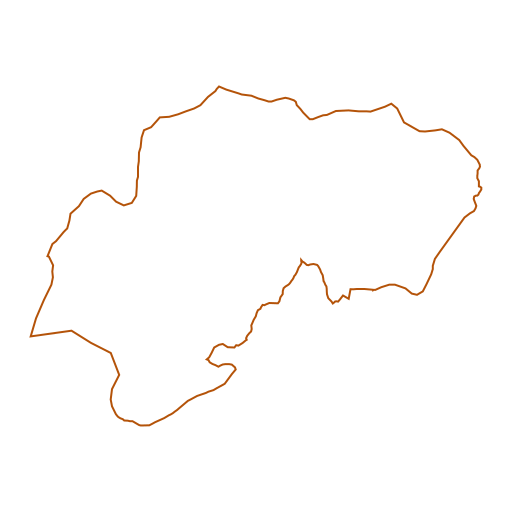 Mashegu, Niger, Nigeria
{"feature_id": "59680162B45761990386675", "entity_name": "Mashegu", "entity_type": "district", "adm_level": 2, "iso_a3": "NGA", "parent_name": "Nigeria", "parent_adm1": "Niger", "projection": "natural_earth1", "projection_center": [5.371, 9.82], "detail": "fine", "context": "isolated", "style": "outline", "palette": "amber", "viewbox_px": 512, "rotation_deg": 0, "n_neighbors": 0, "source": "geoboundaries", "source_scale": "gbopen_adm2", "svg_char_len": 3668}
<svg xmlns="http://www.w3.org/2000/svg" viewBox="0 0 512 512"><path d="M348.7,298.8L350.5,289.2L353.3,289.3L356.7,289.0L364.5,289.0L372.4,289.7L372.8,289.8L372.9,290.0L373.0,290.3L373.7,289.8L375.3,289.9L381.3,287.2L389.2,284.7L395.0,284.7L405.5,288.4L411.8,293.6L417.0,294.8L422.8,291.4L426.4,284.4L431.2,274.3L432.8,269.1L432.8,265.8L434.9,258.9L439.9,251.7L464.5,217.5L470.0,213.3L473.9,211.1L475.0,209.3L475.5,208.4L476.3,205.9L475.8,204.5L475.0,202.5L474.1,200.1L473.7,198.9L474.2,196.5L476.0,195.6L476.3,195.6L477.3,195.6L478.4,194.6L478.5,194.3L478.9,193.1L479.8,191.9L480.2,191.3L481.3,189.5L481.3,187.6L480.0,186.7L479.8,186.7L478.9,186.4L478.9,184.6L478.9,184.0L478.9,181.2L478.6,180.7L477.3,178.2L477.3,177.1L477.3,175.6L477.3,175.4L477.4,175.2L477.6,173.3L477.6,171.9L477.6,170.5L478.4,169.4L479.2,168.4L480.0,166.6L479.8,165.5L479.8,164.7L479.7,164.5L477.3,159.8L474.4,157.1L471.3,155.3L463.4,145.8L459.2,140.0L458.1,139.2L449.5,132.7L441.9,129.3L435.2,130.4L425.0,131.5L419.5,131.2L404.0,122.4L397.2,108.5L391.3,103.7L385.0,106.7L370.5,111.6L366.1,111.3L358.5,111.3L348.5,110.4L335.9,111.0L327.0,114.9L326.3,115.0L323.1,115.3L318.1,117.1L312.8,119.2L309.7,119.2L307.6,117.1L303.1,112.5L300.5,109.1L298.2,106.6L296.8,105.2L295.8,101.8L293.9,100.3L288.7,98.5L285.3,97.8L276.9,99.7L271.6,101.5L268.5,101.5L264.8,100.3L262.7,99.7L258.3,98.5L251.4,95.7L241.7,94.5L238.6,93.4L226.3,89.6L219.0,86.5L216.7,89.0L215.4,91.1L208.0,96.9L200.4,105.2L194.1,108.5L186.0,111.3L178.1,114.3L169.2,116.8L159.8,117.4L156.6,121.1L151.1,127.2L144.0,130.2L141.6,137.5L140.6,147.3L139.0,152.5L138.8,161.4L138.0,166.9L138.0,176.9L136.9,180.6L136.9,180.9L136.8,186.9L136.2,195.9L131.8,202.9L128.3,204.0L123.8,205.4L116.1,201.7L110.1,195.7L101.7,190.6L97.3,191.5L90.9,193.6L83.7,198.9L78.9,206.2L70.5,213.7L69.4,220.6L67.2,228.5L65.8,229.8L63.4,232.3L56.0,241.2L52.4,244.0L47.5,256.2L48.9,256.6L53.1,265.3L52.3,271.5L52.9,277.3L51.4,284.7L43.9,300.0L36.0,318.4L30.7,336.4L71.5,330.7L91.0,342.9L110.8,353.0L119.2,374.9L112.0,389.1L110.7,399.5L112.0,406.3L115.9,414.2L117.5,416.2L118.3,417.0L120.4,418.3L122.8,419.2L124.2,420.5L127.9,420.7L129.9,421.2L132.5,421.2L139.2,425.1L140.9,425.5L149.3,425.3L152.4,423.7L155.1,422.2L164.2,418.1L169.0,415.2L170.6,414.5L172.8,413.2L174.8,411.6L177.1,410.0L179.5,407.9L180.6,407.0L181.9,405.9L187.8,400.9L191.1,399.2L192.2,398.6L197.2,395.9L206.0,392.9L208.4,391.7L213.5,390.1L216.7,388.2L224.7,383.8L232.0,373.9L235.7,369.5L235.0,367.4L231.8,364.6L229.0,364.1L225.5,364.1L222.7,364.5L220.1,365.7L218.4,366.7L215.4,365.1L212.5,364.0L209.7,362.3L208.5,360.1L206.8,359.4L209.2,357.3L211.6,352.9L214.2,347.5L219.0,344.8L222.8,344.0L227.7,347.2L234.4,347.5L236.2,345.2L238.4,345.6L242.6,343.0L245.7,340.4L246.7,339.8L246.1,338.2L247.2,335.8L249.3,333.2L251.1,331.5L251.7,329.0L251.3,325.4L252.2,323.4L253.7,319.8L255.8,316.3L256.6,313.2L257.9,310.2L260.4,308.8L261.0,307.3L262.6,304.9L264.4,305.2L266.0,304.4L269.3,303.0L277.9,303.3L279.4,301.3L280.4,297.3L282.7,294.1L282.8,291.0L283.6,288.2L285.5,286.5L288.1,284.9L289.1,284.1L290.2,282.8L291.5,280.8L292.5,279.6L293.4,278.1L294.2,276.1L295.4,274.8L296.9,272.1L298.3,268.5L298.8,267.3L299.9,266.0L301.2,263.9L301.6,262.5L301.2,261.0L301.2,260.0L302.5,261.6L303.7,262.2L305.3,263.5L306.7,264.9L308.4,265.2L310.1,264.5L313.5,264.0L317.1,264.9L318.2,266.1L320.1,269.5L321.0,272.1L322.7,275.2L323.3,278.8L323.5,280.7L323.7,281.0L323.7,281.5L324.0,281.8L324.3,282.2L325.3,284.7L326.4,286.4L326.7,288.7L326.8,291.7L327.0,294.3L328.3,298.2L331.5,301.5L332.8,303.5L334.1,302.5L335.1,301.5L336.3,301.3L338.1,301.6L339.9,299.5L343.0,295.5L348.7,298.8Z" fill="none" stroke="#b45309" stroke-width="2"/></svg>